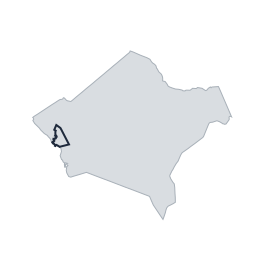 Magarini, Coast, Kenya (highlighted), rotated 111°
{"feature_id": "3690345B44163293085628", "entity_name": "Magarini", "entity_type": "district", "adm_level": 2, "iso_a3": "KEN", "parent_name": "Kenya", "parent_adm1": "Coast", "projection": "orthographic", "projection_center": [39.973, -2.829], "detail": "fine", "context": "in_parent", "style": "outline", "palette": "slate", "viewbox_px": 256, "rotation_deg": 111, "n_neighbors": 0, "source": "geoboundaries", "source_scale": "gbopen_adm2", "svg_char_len": 4314}
<svg xmlns="http://www.w3.org/2000/svg" viewBox="0 0 256 256"><g transform="rotate(111 128 128)"><path d="M55.3,153.6L55.2,150.5L55.6,142.5L55.6,135.6L56.0,132.1L57.7,129.9L58.5,128.3L59.0,126.0L59.9,124.2L62.0,122.7L62.3,121.9L64.5,119.4L65.8,116.2L66.8,115.1L68.0,114.1L68.8,113.6L70.2,113.0L71.4,112.7L71.6,112.5L71.6,112.0L71.3,110.0L71.8,109.3L72.5,108.0L73.4,106.8L74.2,106.0L74.6,105.2L74.8,103.8L74.8,102.8L74.8,101.2L74.6,97.6L73.7,94.5L73.2,91.1L73.6,90.0L72.9,88.0L72.5,87.9L71.9,87.4L71.2,85.6L70.6,83.8L70.3,83.4L67.8,81.9L66.7,78.4L65.3,77.6L64.6,74.1L64.4,73.1L65.2,69.5L65.2,68.7L64.4,68.0L62.1,67.2L60.2,65.8L60.5,65.3L60.6,64.8L59.7,64.4L56.9,58.4L60.5,54.8L64.3,51.1L69.0,46.5L73.4,42.2L77.1,38.6L80.5,35.3L80.4,35.9L80.4,36.7L80.8,37.2L81.5,37.6L82.5,37.2L83.3,36.7L84.1,36.6L89.1,37.9L89.9,39.1L89.9,40.4L90.1,41.3L89.7,42.3L89.3,45.1L89.4,47.6L90.9,49.5L92.2,51.0L93.3,53.1L94.0,53.8L95.1,54.1L98.6,54.2L103.7,54.3L108.6,54.4L109.1,54.5L110.1,54.8L114.6,57.6L118.8,60.2L122.3,62.5L125.7,64.6L129.0,66.8L131.6,68.6L134.1,69.1L138.2,69.3L141.1,69.4L143.7,70.2L147.6,70.9L150.6,71.2L152.3,71.6L157.2,72.0L158.0,71.8L160.2,69.8L162.6,66.6L163.6,64.8L166.7,63.1L172.2,60.7L176.1,58.9L180.4,57.2L182.4,58.7L185.1,61.1L186.3,62.3L187.2,62.8L188.7,63.2L190.5,63.2L191.5,63.1L193.5,62.8L198.1,62.6L200.8,62.6L198.6,65.8L195.9,69.6L190.9,76.7L187.2,80.4L184.3,83.2L184.1,83.7L184.1,86.8L184.1,94.5L184.2,109.8L184.2,125.2L184.3,140.6L184.3,148.3L184.3,150.9L186.8,154.1L189.3,157.3L192.5,161.5L194.3,163.7L194.5,164.5L194.5,166.0L191.8,169.1L189.6,170.5L186.7,171.2L185.8,171.1L184.6,170.6L184.2,171.4L183.8,172.5L183.2,172.3L182.7,171.9L183.0,174.0L183.3,175.1L182.9,176.4L181.4,177.7L181.3,178.7L178.2,181.4L173.8,181.7L171.5,183.0L170.5,184.1L169.7,186.5L170.0,190.1L168.8,192.9L168.6,194.4L166.3,196.2L165.3,197.9L164.6,199.6L163.9,200.3L163.2,204.1L162.1,206.5L161.8,207.2L161.6,207.9L160.8,209.3L160.2,210.2L159.8,210.8L157.2,216.8L155.1,219.5L153.5,219.2L152.4,220.2L152.3,220.7L151.7,220.4L150.3,219.5L147.5,217.4L144.7,215.4L141.9,213.4L139.1,211.4L136.3,209.4L133.5,207.4L130.7,205.3L127.9,203.3L126.3,202.1L125.6,201.4L125.0,200.1L124.7,199.7L124.0,199.3L123.1,199.2L122.8,198.9L122.8,198.2L123.2,197.3L124.2,195.4L124.3,194.3L124.1,193.1L123.8,191.1L123.5,190.7L121.6,189.6L117.7,187.5L113.8,185.3L109.9,183.1L106.0,181.0L102.2,178.8L98.3,176.6L94.4,174.5L90.5,172.3L86.6,170.1L82.7,168.0L78.8,165.8L74.9,163.7L71.1,161.5L67.2,159.4L63.3,157.2L59.4,155.1L58.0,154.2L56.6,153.6L55.3,153.6ZM184.6,174.4L183.9,174.6L184.3,173.5L186.3,172.2L187.1,172.5L187.3,172.8L187.2,173.1L186.9,173.3L184.6,174.4Z" fill="#d9dde1" stroke="#a8b0b8" stroke-width="1"/><path d="M161.3,193.3L161.3,193.2L161.2,193.1L161.1,192.8L160.9,192.7L160.8,192.4L161.0,192.2L161.0,192.3L161.0,192.2L161.3,192.1L161.5,192.0L161.8,192.0L162.0,192.1L162.3,192.0L162.5,191.9L162.8,191.9L163.0,191.8L163.0,191.7L163.3,191.7L163.4,191.8L163.3,192.0L163.2,192.0L163.3,192.1L163.5,192.0L163.6,192.3L163.8,192.3L164.0,192.4L164.1,192.5L164.3,192.7L164.5,192.7L164.5,192.8L164.6,193.0L164.7,192.8L164.8,192.8L164.8,193.0L165.0,193.0L165.0,193.3L165.2,193.2L165.3,193.2L165.5,193.2L165.6,193.3L165.7,193.2L165.8,193.1L166.0,193.0L166.0,192.9L165.9,192.9L166.0,192.8L166.1,192.7L166.3,192.7L166.2,192.4L166.3,192.4L166.5,192.3L166.6,192.5L166.8,192.6L167.0,192.5L167.3,192.7L167.5,192.6L167.8,192.6L167.9,192.8L167.8,193.0L168.0,193.3L168.3,193.4L168.3,193.5L168.5,193.6L168.7,193.4L168.7,193.2L168.8,193.1L169.0,192.9L169.1,192.7L169.3,192.4L169.4,192.2L169.4,191.9L169.4,191.6L169.3,191.4L169.4,191.2L169.5,191.1L169.6,190.9L169.6,190.7L169.8,190.4L170.0,190.3L170.0,190.2L170.1,189.9L170.3,189.8L170.5,189.8L170.6,189.7L170.8,189.7L170.8,189.4L170.7,189.4L170.6,189.5L170.4,189.6L170.2,189.6L169.9,189.5L169.9,189.4L169.8,189.2L169.7,189.2L169.6,188.9L169.5,188.7L169.4,188.6L169.5,188.4L169.5,188.2L169.6,187.9L169.6,187.7L169.6,187.4L169.6,187.2L169.7,186.9L169.8,186.7L169.8,186.4L169.9,186.2L169.9,185.7L169.9,185.4L169.9,185.2L170.0,185.1L169.9,185.0L169.9,184.9L169.9,185.0L169.9,184.9L169.8,184.7L169.7,184.6L164.5,177.2L161.4,180.7L157.4,185.2L153.3,189.8L152.8,190.4L152.4,190.9L152.2,191.1L150.9,196.0L156.1,196.2L156.4,194.5L157.4,194.5L160.8,193.2L161.3,193.3Z" fill="none" stroke="#1e293b" stroke-width="2"/></g></svg>